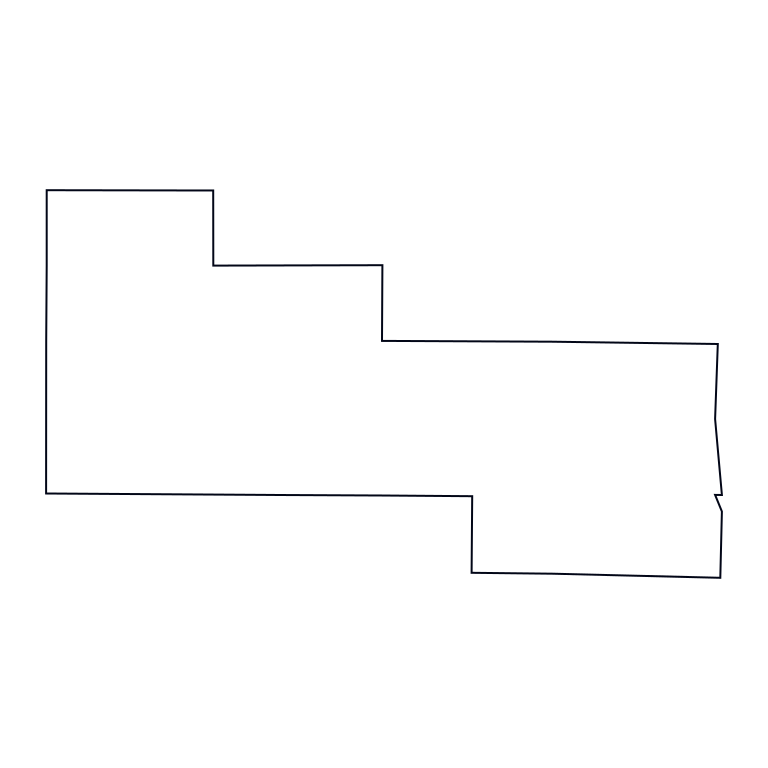 Shawano, Wisconsin, United States of America
{"feature_id": "52423323B34818409235520", "entity_name": "Shawano", "entity_type": "district", "adm_level": 2, "iso_a3": "USA", "parent_name": "United States of America", "parent_adm1": "Wisconsin", "projection": "natural_earth1", "projection_center": [-88.716, 44.807], "detail": "fine", "context": "isolated", "style": "outline", "palette": "ink", "viewbox_px": 768, "rotation_deg": 0, "n_neighbors": 0, "source": "geoboundaries", "source_scale": "gbopen_adm2", "svg_char_len": 386}
<svg xmlns="http://www.w3.org/2000/svg" viewBox="0 0 768 768"><path d="M46.1,493.5L265.6,494.9L279.1,495.0L381.8,495.5L472.2,496.2L471.6,572.8L552.5,573.7L720.3,577.8L721.9,511.5L715.1,494.9L721.9,495.0L715.1,419.0L717.8,344.0L552.0,341.7L382.0,340.9L382.4,265.2L213.3,265.6L213.2,190.5L46.7,190.2L46.7,265.5L46.2,341.0L46.1,493.5Z" fill="none" stroke="#020617" stroke-width="2"/></svg>